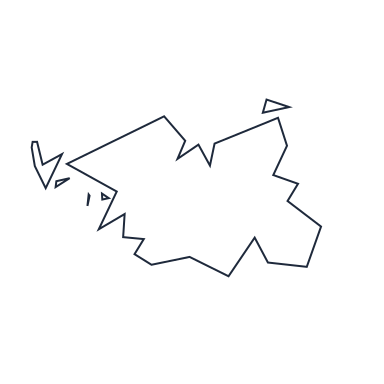 outline of Schleswig-Holstein, rotated 331°
{"feature_id": "DEU-1579", "entity_name": "Schleswig-Holstein", "entity_type": "State", "adm_level": 1, "iso_a3": "DEU", "parent_name": "Germany", "parent_adm1": "", "projection": "mercator", "projection_center": [9.834, 54.215], "detail": "coarse", "context": "isolated", "style": "outline", "palette": "slate", "viewbox_px": 384, "rotation_deg": 331, "n_neighbors": 0, "source": "natural_earth", "source_scale": "10m", "svg_char_len": 747}
<svg xmlns="http://www.w3.org/2000/svg" viewBox="0 0 384 384"><g transform="rotate(331 192 192)"><path d="M96.2,106.8L204.3,112.3L210.9,143.9L195.4,156.0L220.6,153.7L220.5,177.6L235.2,160.6L303.2,168.8L297.5,197.6L271.3,216.6L288.7,236.2L271.2,246.2L288.1,284.8L256.1,313.1L224.2,290.5L224.7,262.3L183.1,283.4L158.4,247.6L121.3,236.0L111.6,218.5L127.0,209.8L109.9,198.1L122.4,178.6L92.4,179.4L126.4,155.1L96.2,106.8ZM302.0,147.3L318.1,164.8L292.4,157.0L302.0,147.3ZM80.8,73.0L74.6,95.7L96.7,95.8L65.9,117.7L67.1,93.1L73.4,75.3L76.9,70.9L80.8,73.0ZM78.6,116.8L91.7,120.6L75.1,121.6L78.6,116.8ZM112.5,149.7L116.2,157.0L109.9,155.1L112.5,149.7ZM93.8,153.5L100.4,144.1L100.6,145.6L93.8,153.5Z" fill="none" stroke="#1e293b" stroke-width="2"/></g></svg>